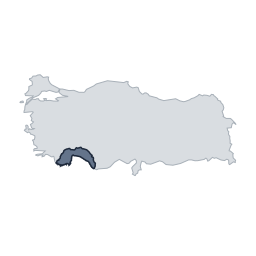 Antalya highlighted on a map of Turkey, rotated 4°
{"feature_id": "TUR-2271", "entity_name": "Antalya", "entity_type": "Province", "adm_level": 1, "iso_a3": "TUR", "parent_name": "Turkey", "parent_adm1": "", "projection": "equal_earth", "projection_center": [30.734, 36.761], "detail": "fine", "context": "in_parent", "style": "filled", "palette": "slate", "viewbox_px": 256, "rotation_deg": 4, "n_neighbors": 0, "source": "natural_earth", "source_scale": "10m", "svg_char_len": 6230}
<svg xmlns="http://www.w3.org/2000/svg" viewBox="0 0 256 256"><g transform="rotate(4 128 128)"><path d="M196.6,89.5L200.2,90.7L201.3,89.8L204.5,89.9L207.4,90.6L208.9,88.6L210.9,88.8L211.4,89.8L212.3,90.2L215.5,92.8L215.2,93.2L215.9,94.1L218.5,94.8L218.9,96.1L221.0,98.1L222.2,101.2L221.7,103.4L220.7,104.7L222.6,109.4L222.1,110.0L225.3,111.6L229.3,111.3L230.5,112.0L234.6,115.7L235.6,117.1L232.9,115.3L231.5,116.9L231.0,120.5L226.9,121.2L227.6,123.6L228.8,124.7L228.6,126.9L229.0,127.8L230.2,129.3L230.2,131.3L230.8,133.5L230.9,136.1L232.7,136.9L232.0,138.1L230.4,143.3L230.5,143.7L231.8,143.9L234.9,146.3L234.4,147.1L235.0,150.5L237.6,152.7L237.3,153.8L237.4,154.9L235.6,154.4L232.0,157.4L231.6,157.4L231.0,156.3L230.7,153.3L229.8,152.5L228.6,152.3L226.7,153.7L224.8,153.6L222.9,153.4L218.0,151.5L216.2,152.2L214.3,151.4L210.8,155.1L209.7,155.4L209.1,153.6L207.8,152.6L206.2,154.0L200.0,155.7L197.1,156.0L193.6,155.4L190.7,155.6L182.9,159.7L175.4,162.0L168.5,161.8L164.7,159.2L161.8,158.6L153.2,162.5L148.9,162.4L147.4,160.8L144.1,160.1L143.5,161.7L142.9,165.4L144.1,168.8L142.3,169.0L141.1,169.8L140.8,172.3L139.2,173.4L138.6,174.9L138.3,175.0L135.6,173.7L136.3,172.4L134.5,167.6L135.3,166.2L138.8,162.3L138.6,160.0L137.1,158.5L132.6,161.3L132.2,162.4L131.2,163.2L129.6,163.6L121.5,159.9L116.9,163.1L113.0,167.9L110.0,169.6L101.2,170.9L99.6,171.8L96.6,170.8L94.8,169.6L90.6,164.2L82.9,160.1L74.7,159.1L74.0,160.2L73.7,164.3L72.4,168.3L71.7,168.7L69.9,167.7L63.6,170.0L58.2,167.4L57.3,166.3L56.1,161.8L55.3,161.4L54.5,162.1L53.6,162.1L49.7,160.1L47.6,160.0L46.4,161.9L44.3,162.7L44.3,162.1L45.1,160.9L41.9,161.1L40.1,162.1L37.8,161.5L38.0,161.0L39.9,160.4L44.2,159.7L47.0,156.7L36.7,156.8L35.7,157.5L35.5,155.9L36.1,155.2L38.8,154.6L38.7,153.3L37.1,151.9L35.3,151.2L34.5,147.9L33.6,147.1L33.7,146.6L35.4,146.1L35.8,143.7L35.5,142.2L32.3,141.0L31.5,141.1L30.7,139.8L29.3,138.9L28.1,139.7L24.8,137.7L25.5,136.3L26.3,136.4L26.5,135.3L25.9,133.4L25.9,132.5L26.7,132.2L27.5,132.4L28.3,133.5L28.4,135.6L29.2,136.8L29.9,135.6L31.4,136.3L34.1,135.6L34.6,135.1L32.7,135.1L31.9,134.6L30.4,131.2L32.0,130.2L33.3,128.5L31.0,127.4L31.5,125.1L29.6,122.5L32.3,119.1L32.1,118.6L31.3,118.4L23.2,119.8L23.1,118.3L23.7,117.0L23.7,113.8L24.1,112.0L25.6,111.5L27.5,109.0L30.5,105.9L33.6,106.0L34.9,105.2L36.7,105.1L37.3,106.3L38.9,107.1L41.7,107.0L43.1,106.2L41.8,104.7L43.4,104.3L44.7,104.6L44.0,106.2L44.4,106.4L48.1,105.9L51.9,106.3L56.2,106.1L56.7,105.6L53.7,104.0L55.7,102.5L56.8,102.3L65.7,100.9L65.7,100.6L60.3,99.9L57.5,98.0L56.7,97.0L57.3,94.5L57.9,93.8L59.8,93.7L66.5,94.8L71.3,94.2L76.6,95.8L81.6,95.5L82.6,94.7L83.8,92.4L90.9,88.4L93.3,86.3L104.2,82.3L120.6,83.0L123.5,81.5L125.1,82.0L124.7,83.0L124.8,84.0L126.8,86.4L129.8,87.7L133.8,86.6L135.3,87.0L136.8,90.8L139.4,93.0L140.6,93.2L142.1,91.9L143.6,91.7L146.0,93.0L146.9,94.4L154.8,95.9L156.5,97.0L161.8,98.2L173.5,95.5L177.9,97.3L181.5,97.9L183.0,97.6L187.7,95.5L189.1,94.3L192.0,93.2L195.6,90.8L196.6,89.5ZM45.3,82.8L45.0,84.5L45.6,86.3L47.3,88.9L48.9,90.2L56.9,93.7L55.7,97.0L53.7,97.5L46.9,95.9L44.1,97.2L42.1,96.9L39.3,97.5L38.5,99.4L36.5,101.7L31.0,104.5L25.8,110.1L24.4,110.8L25.1,108.9L25.0,107.2L27.3,105.3L30.4,103.8L31.2,102.6L23.5,102.8L22.8,101.1L23.6,100.8L26.1,97.7L26.4,96.5L26.2,93.6L29.3,91.9L29.6,91.2L29.1,88.2L26.3,86.5L26.3,85.7L28.4,84.9L29.6,82.9L32.7,82.5L34.1,81.5L36.7,81.0L39.9,83.5L43.8,82.6L45.3,82.8ZM21.8,109.9L19.2,110.3L18.4,109.9L19.2,109.0L21.2,108.4L21.9,109.3L21.8,109.9Z" fill="#d9dde1" stroke="#a8b0b8" stroke-width="1"/><path d="M97.0,171.0L97.0,170.9L96.5,170.9L96.3,170.8L95.5,170.3L95.3,170.1L95.2,169.9L94.8,169.8L94.6,169.7L94.1,168.9L93.9,168.8L93.7,168.6L93.6,168.1L93.3,167.6L92.6,166.9L92.4,166.5L92.4,166.3L92.4,166.2L92.2,166.0L92.1,165.8L92.1,165.7L91.9,165.7L91.7,165.2L91.5,164.9L91.4,164.8L90.7,164.1L90.3,164.0L90.2,164.0L90.1,163.9L89.5,163.8L89.3,163.8L89.2,163.6L88.8,163.4L88.4,163.3L88.2,163.4L87.7,163.0L87.4,162.7L87.2,162.6L86.9,162.5L86.0,162.1L85.8,161.9L85.7,161.7L83.5,160.7L83.2,160.6L83.1,160.3L82.7,160.0L78.1,159.3L76.2,159.4L75.9,159.3L75.6,159.1L75.2,158.8L74.5,159.2L74.2,159.6L74.0,160.0L73.9,160.3L73.8,160.9L73.8,161.4L73.8,161.7L73.9,161.9L73.9,162.0L73.7,162.2L73.7,162.4L73.7,162.6L73.7,162.9L73.7,163.1L73.8,163.2L73.9,163.4L74.0,163.3L73.9,163.6L73.8,164.1L73.8,164.3L73.4,164.7L73.2,164.9L73.1,165.4L72.9,165.8L72.9,166.0L72.7,166.2L72.7,166.5L72.9,166.7L73.0,166.8L72.9,167.0L73.2,167.2L73.1,167.4L72.8,167.7L72.6,168.0L72.7,167.9L72.8,167.9L72.8,168.0L72.7,168.1L72.4,168.4L72.3,168.7L72.2,168.9L71.8,169.2L71.8,168.6L71.8,168.3L71.7,168.2L71.4,168.3L70.2,167.7L69.9,167.7L69.0,167.8L68.9,167.9L68.9,168.2L68.9,168.5L68.8,168.4L68.7,168.2L68.7,168.5L68.1,168.6L67.9,168.5L67.8,168.4L67.6,168.5L67.9,168.5L67.1,169.1L66.9,169.0L66.6,169.1L66.3,169.0L66.2,169.0L65.8,169.3L65.4,169.5L65.2,169.5L65.3,169.6L65.2,169.7L64.9,169.8L65.2,169.9L65.0,170.0L64.8,170.2L64.6,170.3L64.4,170.3L64.4,170.2L64.5,170.1L64.4,170.0L64.2,169.9L63.9,169.9L63.8,170.0L63.7,170.2L63.4,170.5L63.4,170.2L63.0,170.0L62.8,169.7L63.0,169.7L62.4,169.5L62.5,169.4L62.8,169.3L62.6,169.2L61.7,169.2L61.3,169.2L60.6,168.7L60.5,168.9L60.4,168.7L60.4,168.3L60.2,168.3L59.9,168.5L59.8,168.8L59.7,168.8L59.5,168.6L59.4,168.5L58.7,167.9L59.0,167.7L59.2,167.4L59.3,167.0L59.3,166.8L59.3,166.6L59.4,166.4L59.4,166.1L59.8,165.3L60.6,165.0L60.9,165.1L61.2,165.0L61.1,164.6L61.2,164.2L61.8,163.7L62.3,163.2L62.5,162.4L62.4,161.4L63.6,158.4L64.0,158.3L64.3,158.2L64.6,157.7L64.9,157.4L65.4,156.5L65.5,155.4L66.2,154.5L68.2,153.3L68.9,153.2L70.7,152.5L71.4,152.6L72.1,153.5L72.3,153.6L73.9,153.5L75.0,153.6L75.9,153.6L76.3,153.5L77.0,152.7L77.2,152.0L78.0,151.3L79.0,151.7L80.2,151.3L80.8,151.2L81.4,150.8L82.0,150.6L82.6,150.7L82.8,151.0L83.1,151.3L83.6,151.7L84.1,151.9L85.2,151.9L88.2,152.6L89.1,153.2L89.9,153.9L90.7,154.5L91.3,155.2L91.8,155.9L92.1,156.3L92.5,156.5L93.2,157.3L93.7,157.5L94.0,157.7L94.1,158.2L93.8,158.4L93.7,158.9L93.9,159.3L94.4,159.5L94.9,159.6L95.3,159.7L95.5,160.0L95.7,161.0L95.6,162.1L96.0,163.2L96.5,164.2L96.8,164.6L97.2,164.9L97.7,165.2L97.9,165.7L97.8,166.6L97.9,168.3L97.7,169.0L97.5,169.4L97.4,169.8L97.3,170.2L97.2,170.6L97.1,170.8L97.0,171.0Z" fill="#64748b" stroke="#1e293b" stroke-width="1.5"/></g></svg>